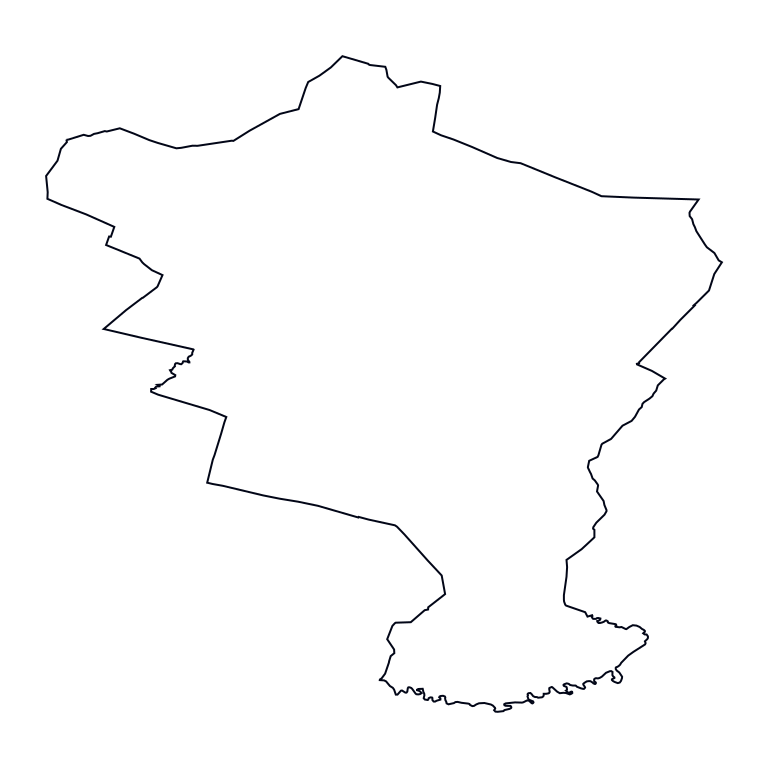 outline of Malienas pag., Aluksne, Latvia
{"feature_id": "27541924B29031976448606", "entity_name": "Malienas pag.", "entity_type": "district", "adm_level": 2, "iso_a3": "LVA", "parent_name": "Latvia", "parent_adm1": "Aluksne", "projection": "robinson", "projection_center": [27.166, 57.339], "detail": "fine", "context": "isolated", "style": "outline", "palette": "ink", "viewbox_px": 768, "rotation_deg": 0, "n_neighbors": 0, "source": "geoboundaries", "source_scale": "gbopen_adm2", "svg_char_len": 6092}
<svg xmlns="http://www.w3.org/2000/svg" viewBox="0 0 768 768"><path d="M503.5,711.1L504.4,710.1L509.5,708.9L510.9,708.2L511.3,707.7L511.1,706.5L510.4,705.9L505.7,705.8L504.5,705.3L504.2,704.6L504.3,704.1L505.7,703.4L515.0,702.4L522.0,702.6L523.3,702.3L526.9,700.5L527.8,700.5L529.0,700.7L531.7,703.2L532.5,703.4L533.2,702.9L533.5,702.3L533.1,701.4L528.8,699.6L528.4,699.1L527.5,696.4L528.0,695.3L527.6,694.4L527.8,693.7L528.6,693.2L530.4,693.0L531.6,694.1L533.2,696.2L535.0,697.0L537.0,697.1L538.1,697.7L542.0,697.3L543.3,696.4L543.7,695.2L543.7,693.8L546.1,693.8L548.3,693.4L549.1,693.0L549.7,691.9L549.2,688.9L549.4,688.0L551.7,687.0L552.3,687.2L557.2,691.7L559.8,693.2L563.3,692.8L565.9,693.0L569.8,694.4L571.5,693.7L572.3,693.0L572.1,691.8L571.7,691.6L570.8,691.8L569.1,692.8L568.4,692.7L567.4,692.0L566.0,690.6L566.7,690.3L567.0,689.4L566.7,687.3L566.0,686.7L563.9,685.9L563.6,685.5L563.5,684.9L564.1,684.3L566.6,683.4L567.9,683.6L569.3,684.2L570.1,685.0L572.6,685.5L575.3,685.5L575.9,685.7L577.0,686.8L581.1,688.4L583.2,688.9L584.1,688.8L585.1,687.6L584.9,687.0L583.3,684.6L583.3,683.8L584.5,682.8L586.7,681.4L588.9,681.1L590.5,681.2L592.8,682.7L593.4,683.4L594.9,684.0L595.4,683.9L595.9,683.1L595.8,682.5L594.3,681.3L594.1,680.3L594.2,679.2L595.2,678.4L596.0,678.2L598.0,678.4L599.7,677.9L601.8,676.7L606.0,672.8L609.9,671.2L611.2,671.1L612.5,671.9L612.4,675.1L613.0,676.2L614.4,677.4L614.4,678.0L611.9,679.3L611.9,680.0L612.8,680.9L614.5,681.9L616.9,682.8L617.8,683.1L619.8,682.5L621.0,680.9L622.0,678.1L622.1,676.7L619.3,672.5L616.8,670.6L615.8,669.2L615.7,667.9L616.2,667.2L617.3,666.9L618.7,666.0L620.1,664.7L621.2,662.8L628.2,655.6L633.5,651.8L645.1,644.4L645.6,643.1L644.9,641.3L647.2,639.2L647.8,638.3L648.0,636.9L647.7,636.0L646.6,634.5L644.6,634.4L643.2,633.3L644.9,631.7L644.8,630.8L643.8,629.9L641.9,628.9L639.7,627.0L636.5,625.6L632.8,625.2L629.3,627.0L626.4,629.1L625.6,629.0L621.5,627.0L619.6,627.3L615.6,626.8L615.3,626.2L615.6,625.6L616.3,625.2L616.0,624.4L615.3,624.1L609.2,623.1L608.1,622.6L607.7,621.9L607.8,621.4L606.5,620.5L605.6,620.5L603.8,621.8L602.0,622.5L600.0,623.0L598.7,623.0L597.7,622.3L597.2,621.1L599.6,620.3L600.4,619.0L600.4,618.5L598.2,618.0L597.0,618.1L595.9,618.9L593.4,618.9L592.8,618.6L591.6,616.7L591.8,616.2L592.4,615.9L592.1,615.2L587.5,616.6L585.2,612.2L566.1,605.6L565.6,605.1L565.2,604.6L564.1,601.6L563.9,599.7L563.9,595.1L566.5,576.8L567.1,567.1L566.5,559.9L581.7,549.1L594.4,537.3L594.4,529.8L593.1,528.7L593.3,527.2L596.3,522.7L604.5,514.7L606.5,511.2L606.5,510.1L604.4,505.0L603.6,501.0L597.0,491.5L598.1,485.5L597.8,484.6L594.8,480.4L592.6,478.5L591.0,473.9L590.1,472.3L587.9,467.6L587.9,467.0L589.2,460.8L597.6,456.9L598.4,455.3L601.5,444.7L602.3,443.7L611.1,438.9L622.5,425.7L631.6,420.9L635.0,416.8L639.0,409.5L641.7,407.1L642.5,403.8L644.1,402.1L649.5,398.6L652.4,396.2L653.6,393.6L656.2,390.6L657.8,385.4L663.8,379.4L665.1,378.6L651.9,370.9L637.0,364.4L636.9,363.8L639.1,363.2L639.1,362.2L671.9,328.7L672.2,328.8L680.3,319.9L694.6,305.6L693.8,305.3L696.3,303.1L709.0,290.5L714.3,274.0L721.9,262.3L718.7,260.4L714.4,253.0L706.9,247.3L704.9,244.5L696.4,231.2L694.9,227.2L693.4,224.2L692.1,219.2L689.7,216.1L689.5,212.8L690.0,211.6L698.6,199.5L633.5,197.6L601.4,196.2L591.6,191.7L555.4,177.4L520.6,163.2L511.0,162.0L497.2,158.0L472.1,147.0L453.5,139.5L441.1,135.3L432.9,131.5L435.2,117.7L437.1,104.7L438.8,98.1L439.8,92.6L440.2,86.0L432.2,83.9L420.9,81.6L397.4,87.4L396.0,85.2L388.4,77.8L387.6,76.7L386.4,69.9L385.3,66.8L369.9,65.0L368.6,64.4L368.3,63.8L342.4,56.2L330.9,67.4L319.4,75.7L308.2,82.0L305.7,88.0L298.6,109.1L279.9,113.9L249.6,130.7L233.4,140.9L231.8,140.7L197.6,145.8L192.5,145.7L181.4,147.8L176.4,148.3L157.7,142.9L149.3,140.1L134.1,133.7L119.8,128.3L106.8,131.5L104.8,131.1L97.6,133.2L94.0,133.9L90.5,135.8L88.1,136.0L83.7,134.8L68.3,139.6L66.5,139.8L66.4,139.6L66.9,142.1L60.9,148.8L57.5,160.7L46.1,176.0L47.7,192.2L47.4,198.8L61.5,205.0L86.2,214.4L114.3,226.9L110.9,236.7L109.1,236.5L106.1,245.0L139.5,258.6L142.3,262.4L144.2,264.2L151.9,270.2L162.5,275.1L157.6,286.3L156.9,287.2L142.7,297.9L142.2,297.9L126.1,310.1L103.7,329.0L141.9,337.9L193.4,349.4L193.6,349.6L192.2,352.9L192.2,354.5L190.7,355.8L188.7,356.7L187.8,358.2L187.8,359.3L188.1,360.2L189.4,361.9L189.4,362.4L188.5,362.4L187.0,361.5L183.3,361.3L183.1,361.4L182.6,363.0L181.3,364.2L180.2,364.1L177.6,363.2L175.8,363.3L175.1,364.0L174.7,365.9L174.9,366.3L173.0,368.1L172.3,369.6L170.0,370.2L170.4,370.9L171.1,371.2L171.1,371.8L171.5,372.9L175.3,375.1L175.1,376.4L169.3,378.7L167.4,379.8L162.1,384.5L158.0,384.8L159.7,385.7L159.6,386.3L156.3,386.5L155.2,387.7L155.6,388.2L153.8,389.0L151.2,389.0L151.1,391.7L158.2,394.7L209.5,410.0L226.3,417.0L224.4,422.3L221.1,433.8L214.5,455.2L212.8,459.7L207.2,482.7L212.7,484.0L222.8,485.8L263.1,495.4L279.7,498.7L298.1,501.7L317.9,505.8L358.3,517.5L358.6,516.9L368.7,519.6L394.9,525.3L397.0,526.7L404.3,534.3L427.7,560.5L441.7,575.5L445.1,594.1L428.2,607.3L428.1,609.5L424.7,610.2L410.8,622.2L395.7,622.7L394.9,623.2L392.4,625.9L387.2,639.2L394.1,649.5L394.3,653.2L390.7,656.1L389.1,661.3L388.9,662.6L385.1,673.7L381.6,678.4L379.9,679.5L379.8,680.1L384.1,680.4L386.1,681.4L389.9,686.0L392.8,687.8L394.1,689.6L395.8,694.6L397.5,694.6L400.9,690.7L402.0,690.5L405.3,692.6L406.5,692.6L407.3,691.6L407.8,688.2L408.4,687.3L409.6,687.3L411.3,688.0L412.2,688.9L415.5,693.5L416.3,694.2L418.2,694.4L420.0,694.1L421.5,693.2L420.3,691.6L418.8,690.7L417.0,690.2L417.0,689.7L418.3,689.0L422.7,688.8L423.4,692.0L424.2,693.5L424.4,695.3L423.7,698.2L424.8,699.5L427.6,700.0L428.2,699.7L428.7,698.2L430.3,697.4L432.0,697.5L432.4,698.0L432.4,700.0L433.6,701.5L435.0,701.6L436.7,700.7L440.4,699.6L440.4,698.3L439.2,697.3L439.6,696.5L440.7,696.0L443.1,695.8L444.9,696.5L445.3,697.4L445.1,698.5L445.5,700.5L446.1,701.3L446.6,703.4L448.5,704.3L453.9,703.1L455.4,702.1L457.6,701.9L461.5,702.8L468.2,703.6L469.5,704.0L470.0,704.9L472.3,706.1L474.0,705.9L476.3,704.4L479.0,703.3L484.4,703.0L490.9,704.5L492.9,705.6L495.0,707.8L495.2,708.6L494.1,710.2L495.4,711.6L497.7,711.8L503.5,711.1Z" fill="none" stroke="#020617" stroke-width="2"/></svg>